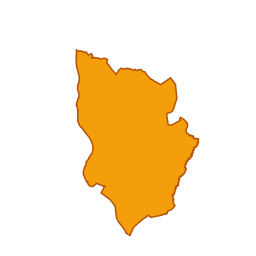 Briģu pag., Ludzas, Latvia, rotated 59°
{"feature_id": "27541924B47965156776634", "entity_name": "Briģu pag.", "entity_type": "district", "adm_level": 2, "iso_a3": "LVA", "parent_name": "Latvia", "parent_adm1": "Ludzas", "projection": "mercator", "projection_center": [28.122, 56.451], "detail": "fine", "context": "isolated", "style": "filled", "palette": "amber", "viewbox_px": 256, "rotation_deg": 59, "n_neighbors": 0, "source": "geoboundaries", "source_scale": "gbopen_adm2", "svg_char_len": 5660}
<svg xmlns="http://www.w3.org/2000/svg" viewBox="0 0 256 256"><g transform="rotate(59 128 128)"><path d="M88.5,162.8L95.4,167.0L96.3,167.3L96.2,167.4L98.2,167.9L98.3,167.7L99.3,167.8L99.2,168.1L100.8,168.2L103.2,167.9L103.2,167.6L109.1,166.9L109.1,167.1L110.4,167.0L112.2,166.6L116.8,166.0L119.0,166.1L121.0,166.4L124.2,167.1L126.3,167.8L129.0,169.7L129.9,170.4L131.2,172.3L133.6,177.2L134.0,177.1L134.3,178.2L135.2,180.0L135.5,180.9L135.3,181.2L136.0,181.7L136.3,181.6L138.3,183.6L139.2,185.2L139.7,185.7L139.5,185.8L140.1,186.4L140.1,186.1L141.6,188.0L143.7,189.6L144.6,190.0L147.9,190.6L153.0,191.2L153.1,190.2L155.4,191.1L156.1,191.1L156.6,190.8L157.3,190.9L158.0,190.6L159.8,188.8L160.1,188.3L159.6,185.2L159.4,183.7L159.5,183.4L159.7,183.1L160.6,182.4L165.2,179.1L165.8,177.8L169.9,184.5L180.0,180.3L188.0,179.2L198.8,184.0L203.6,184.6L210.3,183.6L216.5,183.4L216.4,183.7L217.5,183.7L221.1,181.6L215.9,174.2L213.9,163.2L213.4,155.4L216.3,154.5L219.7,145.3L220.5,141.6L220.4,141.1L220.6,140.2L221.4,139.9L221.4,139.7L221.3,139.1L221.0,138.8L221.2,138.3L220.8,138.1L220.2,137.1L219.7,136.5L219.7,135.8L220.1,135.2L220.2,132.1L220.0,131.2L219.1,129.0L218.8,127.8L217.6,127.9L214.4,127.3L213.3,126.6L213.4,126.0L213.3,125.7L212.7,125.7L211.5,125.4L211.4,125.6L211.1,125.3L210.7,125.2L209.9,125.0L209.6,124.8L209.2,124.9L209.2,124.5L208.9,124.8L208.6,124.0L208.3,124.0L208.5,123.7L208.1,123.3L208.2,123.2L208.3,122.9L208.2,122.7L208.3,122.5L208.0,122.4L208.0,122.1L207.8,121.8L207.4,121.7L207.6,121.4L206.5,120.9L206.2,120.0L205.8,119.9L205.8,119.6L205.1,118.8L204.9,118.3L204.5,118.5L204.2,118.3L204.2,118.0L203.8,118.2L203.2,117.9L203.3,117.4L203.2,116.9L202.9,116.8L203.1,116.2L202.8,116.1L203.1,115.9L203.4,115.5L203.2,115.2L202.9,115.1L203.0,114.8L202.7,114.7L202.7,114.4L202.6,114.1L202.2,114.2L202.2,113.8L201.8,113.5L201.0,113.4L200.9,113.2L201.1,113.0L200.8,112.6L200.1,112.4L200.0,111.9L199.7,111.9L199.7,111.6L198.9,110.9L198.6,111.0L198.6,110.7L198.2,110.7L198.4,110.5L198.0,110.3L198.0,110.0L197.8,110.0L197.7,109.7L197.1,109.7L197.1,109.4L196.8,109.0L196.8,108.5L196.6,108.3L196.8,107.7L196.9,106.9L196.7,106.8L196.7,106.5L196.3,106.5L196.4,106.3L196.3,106.0L196.4,105.7L196.1,105.6L196.1,105.1L196.5,105.1L196.5,104.9L196.2,104.7L196.2,104.2L195.7,103.2L195.9,102.9L195.6,102.6L195.3,102.5L195.2,102.3L195.0,102.0L194.8,101.8L194.8,101.4L194.6,101.3L194.5,101.0L193.9,100.6L193.8,100.4L193.3,99.8L193.3,99.6L192.8,99.7L192.8,99.2L192.4,99.2L192.2,99.0L191.7,99.1L191.5,99.4L191.0,99.5L190.5,99.3L190.5,99.0L190.2,99.0L189.8,98.4L189.3,98.0L189.3,97.6L189.1,97.4L189.1,97.0L188.5,97.1L188.4,97.0L188.4,96.7L188.0,96.9L187.8,96.7L187.7,96.4L187.7,95.9L187.3,95.7L187.5,95.5L187.4,95.3L186.9,95.2L187.2,94.5L186.9,94.3L187.2,94.1L187.1,93.9L187.2,93.7L186.4,93.5L186.4,93.2L186.1,93.1L185.8,92.7L186.0,92.5L186.0,92.2L186.2,91.9L186.1,91.7L185.6,91.6L186.3,91.2L186.1,91.0L185.6,91.1L185.9,90.6L186.0,90.3L185.8,90.1L185.8,89.8L185.5,89.6L185.5,89.3L185.3,88.9L184.9,88.8L184.9,88.5L185.2,88.3L185.1,88.1L185.1,87.7L184.6,87.3L184.0,87.6L184.1,87.3L184.1,87.1L183.5,87.0L183.8,86.5L183.7,86.3L183.5,86.2L182.5,86.4L182.8,85.5L182.6,84.9L182.0,84.4L181.8,84.5L181.7,84.7L181.3,84.6L181.1,84.4L180.6,84.5L180.6,84.3L181.0,83.9L180.7,83.4L180.9,83.1L180.3,82.8L180.3,82.5L179.7,82.5L179.7,82.0L179.1,82.0L179.1,81.3L179.4,81.1L179.1,80.7L179.3,80.4L179.2,79.6L178.8,79.4L178.9,79.2L179.2,79.2L179.2,78.5L179.1,78.3L178.6,78.3L178.4,78.1L178.4,77.9L178.7,77.7L178.6,77.4L178.4,77.2L178.2,77.4L177.8,77.1L177.9,76.9L177.8,76.7L177.2,76.6L177.4,76.4L177.2,76.3L177.3,76.0L176.7,75.5L176.7,75.2L176.0,75.4L175.9,75.3L175.8,74.9L175.4,74.4L174.6,74.3L174.3,73.7L174.0,73.3L173.6,73.3L173.0,74.3L172.5,74.3L171.8,75.6L171.8,76.5L171.6,76.8L170.2,76.5L169.8,76.6L169.1,77.2L168.8,77.0L168.9,76.2L168.7,76.1L168.3,76.6L167.1,77.4L167.4,77.8L167.1,78.2L166.4,78.2L166.3,78.4L166.5,78.8L166.3,79.2L165.9,79.3L165.1,78.9L162.1,80.4L161.6,80.1L160.2,79.9L159.4,79.1L158.0,76.9L156.0,75.4L155.5,74.9L154.0,74.8L150.7,75.4L149.8,75.6L145.9,77.5L146.8,79.2L148.4,79.4L148.0,89.2L145.9,91.9L137.9,88.6L135.6,87.4L136.5,83.3L136.6,81.8L135.6,79.9L134.7,78.7L127.8,70.9L117.6,66.1L115.1,64.8L106.9,65.7L107.7,77.7L103.4,80.0L101.5,81.4L100.3,81.6L99.9,82.1L99.2,82.3L98.9,82.7L98.2,82.8L98.0,83.1L97.6,83.1L97.4,83.5L96.9,83.8L95.8,83.7L93.9,84.3L90.4,84.6L88.7,84.5L87.2,86.3L86.4,86.2L85.4,86.4L84.3,87.1L83.9,88.5L83.3,89.4L83.3,91.0L81.6,91.6L81.9,92.0L81.6,92.4L81.6,92.8L79.9,94.6L77.8,96.1L77.4,97.3L77.0,97.5L75.9,98.7L75.8,99.1L75.8,100.0L75.6,100.7L75.4,101.2L74.4,101.9L74.2,102.3L73.9,102.4L73.3,103.0L73.2,103.5L73.3,103.9L73.6,105.2L73.4,105.6L76.0,110.7L72.7,111.1L70.2,111.7L63.2,112.2L61.0,112.6L60.0,111.4L58.6,110.3L56.1,112.2L55.7,112.7L55.3,115.1L54.1,116.5L52.8,117.3L51.5,119.5L50.7,120.0L49.3,122.9L49.0,122.9L49.0,121.5L47.4,121.2L45.3,121.2L45.2,124.3L42.7,125.0L42.2,124.5L41.8,124.5L41.4,124.6L41.3,124.8L41.2,125.5L40.3,126.3L40.3,126.9L40.1,127.0L39.7,126.8L38.1,128.5L37.7,128.6L37.5,129.3L37.0,129.7L36.7,130.6L35.2,131.8L34.6,132.1L35.1,132.5L35.3,132.3L38.7,134.5L38.7,134.8L39.7,135.5L39.8,135.2L40.7,135.7L40.6,135.9L42.3,136.9L42.4,136.7L44.1,137.8L44.0,138.0L45.3,138.8L50.5,140.9L53.0,141.5L55.0,142.3L55.3,142.2L57.8,142.9L60.0,143.8L60.5,144.1L60.4,144.2L60.6,144.3L61.8,145.1L63.3,146.5L64.5,147.4L64.3,147.8L66.7,150.0L66.9,149.8L67.9,150.7L69.1,151.5L71.5,151.9L74.6,153.0L76.0,154.0L77.4,155.6L77.1,155.7L79.6,158.3L79.5,158.5L80.0,158.9L80.0,159.1L81.8,160.4L81.8,160.2L82.6,160.6L82.7,160.3L83.0,160.5L86.0,161.5L86.8,162.0L86.8,161.7L88.6,162.7L88.5,162.8Z" fill="#f59e0b" stroke="#b45309" stroke-width="1.5"/></g></svg>